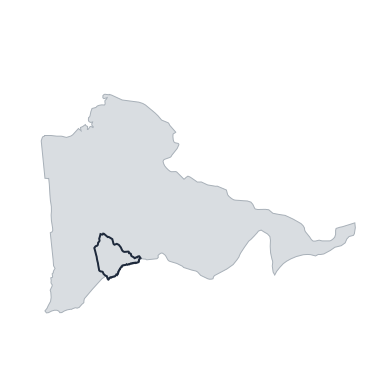 Kadei, Est, Cameroon shown in context, rotated 84°
{"feature_id": "32672807B29047919086815", "entity_name": "Kadei", "entity_type": "district", "adm_level": 2, "iso_a3": "CMR", "parent_name": "Cameroon", "parent_adm1": "Est", "projection": "orthographic", "projection_center": [14.712, 4.477], "detail": "fine", "context": "in_parent", "style": "outline", "palette": "slate", "viewbox_px": 384, "rotation_deg": 84, "n_neighbors": 0, "source": "geoboundaries", "source_scale": "gbopen_adm2", "svg_char_len": 6713}
<svg xmlns="http://www.w3.org/2000/svg" viewBox="0 0 384 384"><g transform="rotate(84 192 192)"><path d="M86.3,264.1L87.2,261.9L93.2,251.8L97.1,235.5L98.8,231.7L100.6,229.2L109.4,220.6L112.6,217.9L117.3,214.7L120.7,208.4L121.8,207.7L123.3,207.2L130.8,201.9L131.5,202.9L132.0,204.2L132.5,204.8L134.9,205.2L138.2,205.2L140.2,204.8L141.2,203.8L142.2,200.8L142.8,200.2L143.6,200.1L147.2,202.2L153.2,208.1L154.7,209.2L155.3,210.3L156.6,215.7L157.3,217.0L158.6,217.6L161.0,217.2L163.4,216.3L165.5,214.9L167.6,213.2L169.1,211.6L169.7,210.4L170.0,206.0L170.5,205.1L178.4,198.7L178.2,198.1L176.9,196.4L175.8,194.4L176.9,192.4L178.2,190.8L182.7,185.6L183.0,181.7L186.6,175.7L188.8,167.8L188.8,166.3L193.6,157.6L198.5,156.8L200.4,155.6L202.6,153.4L204.1,151.4L204.7,149.5L205.3,145.8L206.1,141.6L206.7,137.9L208.2,134.5L210.7,132.8L215.0,131.3L215.6,130.7L216.3,128.4L216.9,120.9L217.7,117.5L221.6,113.8L223.4,107.9L225.0,101.8L229.5,94.3L234.8,86.9L237.3,84.9L239.4,84.0L241.7,83.9L243.3,83.4L249.0,79.7L251.4,78.5L253.1,77.2L253.6,76.1L253.7,74.4L253.2,70.6L254.2,67.8L254.7,63.5L255.0,60.1L254.8,58.9L253.7,57.0L252.0,54.9L249.2,53.6L245.3,53.2L243.3,52.5L242.5,48.6L242.3,46.2L239.7,33.3L244.6,33.3L250.5,34.9L252.0,36.0L252.7,40.4L254.9,42.9L258.6,45.0L261.0,49.2L261.9,55.7L264.0,59.5L264.4,60.1L267.4,67.4L267.6,70.7L267.3,73.0L268.5,75.8L266.7,80.6L266.2,83.5L266.0,87.7L267.1,95.0L268.8,100.6L270.7,105.1L272.8,108.7L276.2,112.6L279.8,116.1L283.2,118.4L280.1,119.7L274.0,119.9L270.5,119.1L268.9,119.1L267.2,119.5L260.7,120.2L254.2,119.9L248.1,119.0L244.4,119.2L241.6,121.3L239.2,124.6L237.1,127.2L237.8,130.0L239.5,131.6L242.6,135.1L245.4,138.5L246.8,140.7L252.5,145.7L257.9,150.1L260.5,151.7L261.4,152.0L264.4,154.6L268.5,158.7L272.2,165.3L277.5,178.4L278.7,179.5L280.5,180.2L280.7,181.6L280.6,183.6L280.0,185.3L275.8,192.1L272.1,194.8L271.0,196.4L269.6,200.4L266.2,208.2L264.8,209.3L261.5,214.5L258.7,221.2L258.1,222.2L257.0,223.1L253.1,224.7L251.8,225.5L249.8,227.6L249.5,229.0L250.4,230.9L251.5,232.4L253.6,232.4L254.7,233.8L254.7,244.1L253.7,245.7L253.8,246.4L253.3,248.2L253.2,250.2L253.5,250.9L254.2,251.6L255.3,253.0L255.9,256.1L257.2,267.3L257.8,269.1L258.9,270.3L262.4,272.7L266.0,275.9L267.1,277.9L267.8,281.3L269.1,284.0L269.1,284.9L268.5,285.2L266.3,285.4L267.1,287.4L268.9,290.7L278.1,301.0L286.9,310.2L289.0,310.9L290.6,311.1L291.2,311.7L292.0,313.0L295.0,316.3L295.5,318.3L294.9,320.1L295.6,323.0L296.1,324.0L295.9,325.0L296.2,328.5L297.0,331.5L298.3,334.1L298.2,336.0L296.5,337.0L295.5,338.7L295.2,341.1L295.7,344.0L297.0,347.4L297.0,349.4L294.9,350.7L292.6,348.4L289.9,346.8L286.0,344.1L282.1,343.1L277.0,342.9L274.8,343.3L271.0,341.0L269.8,340.7L268.1,341.6L267.0,341.7L265.5,341.3L262.6,341.4L262.3,339.8L261.8,339.5L258.7,339.6L257.8,338.3L257.3,338.4L256.1,338.0L253.6,336.2L250.9,337.4L245.4,337.2L217.7,337.2L217.1,335.4L215.7,334.5L213.2,334.4L205.8,334.8L200.2,334.5L196.4,333.8L191.7,333.4L185.9,333.7L180.0,333.6L169.4,333.1L163.5,333.1L163.6,334.2L163.3,335.0L163.0,336.8L125.4,336.6L122.4,335.3L121.4,334.5L121.1,333.0L120.4,332.8L121.1,326.2L122.3,320.8L122.9,315.7L124.6,311.2L123.7,306.7L122.7,304.7L117.0,298.3L119.6,295.9L116.2,296.2L115.5,293.9L113.8,291.0L114.9,290.6L115.9,289.0L118.9,289.5L118.9,288.8L116.2,286.4L116.5,285.2L117.6,283.8L117.0,283.3L115.1,284.6L113.7,284.6L112.7,283.7L111.9,283.5L112.3,285.4L111.3,287.0L110.2,287.5L108.5,287.4L107.1,287.0L106.7,286.1L105.4,285.4L101.6,284.2L98.5,282.7L97.9,278.8L96.6,277.2L96.1,275.3L95.9,273.1L96.3,269.8L95.5,269.3L94.6,269.1L93.2,269.2L92.0,269.0L90.5,267.2L89.2,266.5L90.0,269.8L89.0,270.8L86.8,270.5L85.8,269.2L85.7,268.3L86.7,264.2L86.3,264.1Z" fill="#d9dde1" stroke="#a8b0b8" stroke-width="1"/><path d="M267.2,285.5L267.3,285.5L267.6,285.4L268.0,285.3L268.2,285.2L268.4,285.2L268.7,285.1L269.4,285.0L269.6,284.7L269.8,284.7L270.1,284.6L270.3,284.5L270.4,284.4L270.3,284.2L270.2,284.0L269.8,284.0L269.6,284.1L269.4,283.7L269.2,283.4L269.2,283.1L269.0,282.9L268.9,282.9L268.8,282.7L268.6,282.7L268.3,282.1L268.3,281.9L268.5,281.7L268.4,281.6L268.5,281.4L268.4,281.2L268.5,281.1L268.4,281.0L268.3,280.9L268.3,280.6L268.2,280.3L268.2,280.1L268.3,279.9L268.2,279.7L268.0,279.3L268.1,279.2L268.1,278.8L268.1,278.7L268.0,278.4L268.0,278.2L267.9,277.7L267.7,277.3L267.4,277.1L267.2,276.9L267.1,276.6L266.9,276.3L266.7,276.1L266.7,275.9L266.6,275.7L266.4,275.8L266.2,275.8L266.2,275.7L266.2,275.4L266.0,275.1L265.9,275.0L266.0,274.9L265.9,274.5L265.7,274.3L265.8,274.3L265.7,274.2L265.3,274.2L265.0,274.1L264.9,273.9L264.5,273.7L264.2,273.7L264.2,273.8L263.9,273.8L263.8,273.7L263.7,273.5L263.5,273.4L263.4,273.4L263.3,273.2L263.0,273.1L262.7,272.9L262.4,272.9L262.2,272.8L262.1,272.5L261.8,272.2L261.7,272.1L261.4,272.0L261.3,271.7L261.1,271.7L260.8,271.6L260.7,271.6L260.6,271.4L260.4,271.3L260.2,271.2L259.9,270.8L259.5,270.5L259.4,270.4L259.3,270.2L259.2,270.1L259.0,269.9L259.0,269.7L258.6,269.7L258.3,269.1L258.2,269.1L257.9,268.9L257.9,268.6L257.9,268.3L257.7,268.1L257.7,267.5L257.6,267.1L257.7,266.8L257.7,266.4L257.6,266.2L257.6,265.6L257.5,265.2L257.4,265.0L257.3,264.9L257.1,264.7L257.3,264.5L257.4,264.4L257.4,264.2L257.5,264.1L257.6,263.9L257.5,263.7L257.4,262.6L257.2,262.4L257.3,262.2L257.2,262.0L257.4,261.9L257.4,261.7L257.2,261.3L257.1,261.2L257.0,260.7L256.8,260.2L256.6,260.1L256.6,259.8L256.8,259.7L256.7,259.5L256.9,259.1L256.8,258.8L256.6,258.6L256.5,258.4L256.4,258.3L256.4,258.1L256.5,258.0L256.4,257.8L256.4,257.7L256.5,257.7L256.7,257.4L256.5,256.7L256.6,256.4L256.4,256.1L256.4,255.7L256.7,255.5L256.8,255.4L256.7,254.7L256.3,253.0L256.2,252.8L256.2,252.6L255.8,252.4L255.8,252.2L255.6,252.1L255.3,252.1L255.1,252.0L255.0,251.9L254.8,251.9L254.7,252.0L254.4,251.9L254.2,251.9L253.9,251.7L253.6,251.7L253.4,251.5L253.2,251.3L253.2,251.2L252.9,251.1L252.3,250.6L252.2,250.2L251.5,250.7L250.9,250.8L250.4,251.2L250.4,252.3L251.2,253.1L251.0,254.1L251.6,255.0L251.8,256.1L251.0,256.6L250.4,257.4L249.4,258.8L248.9,259.1L247.3,259.2L246.7,259.7L246.3,261.0L245.2,261.0L244.7,261.3L244.6,261.6L244.6,262.9L244.5,265.5L244.1,266.4L242.9,267.5L239.6,268.6L236.9,270.3L235.7,272.2L236.3,274.6L235.7,275.3L234.7,275.6L233.6,275.7L231.8,276.0L230.5,276.2L228.3,279.1L228.1,279.4L227.9,279.9L228.0,280.5L224.4,283.9L224.1,284.7L224.9,285.2L225.0,285.8L224.7,286.5L224.3,287.4L227.0,288.4L228.8,289.2L230.5,289.0L231.3,289.3L232.0,290.0L232.5,290.6L234.1,291.0L235.0,291.4L235.6,292.2L235.7,293.1L236.2,293.9L237.5,295.0L240.4,294.5L244.7,293.9L246.4,293.6L249.0,293.5L250.8,293.3L252.7,293.0L255.2,292.9L260.2,292.5L260.8,292.1L261.4,291.2L261.8,289.7L262.1,289.2L262.9,288.9L264.0,288.6L265.2,287.7L266.1,286.8L266.2,286.6L266.9,285.5L267.2,285.5Z" fill="none" stroke="#1e293b" stroke-width="2"/></g></svg>